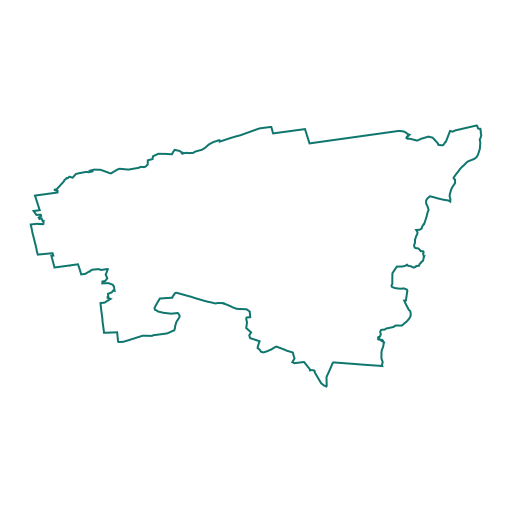 Kabiles pag., Kuldigas, Latvia
{"feature_id": "27541924B2434505236079", "entity_name": "Kabiles pag.", "entity_type": "district", "adm_level": 2, "iso_a3": "LVA", "parent_name": "Latvia", "parent_adm1": "Kuldigas", "projection": "equal_earth", "projection_center": [22.376, 56.949], "detail": "fine", "context": "isolated", "style": "outline", "palette": "teal", "viewbox_px": 512, "rotation_deg": 0, "n_neighbors": 0, "source": "geoboundaries", "source_scale": "gbopen_adm2", "svg_char_len": 5889}
<svg xmlns="http://www.w3.org/2000/svg" viewBox="0 0 512 512"><path d="M305.0,129.1L273.1,133.4L271.3,127.0L269.5,127.1L260.2,128.3L258.3,128.8L240.3,135.3L234.9,136.7L229.7,138.3L219.7,141.6L219.5,140.6L219.5,140.3L219.0,140.2L213.3,142.1L209.5,144.1L208.7,144.6L205.0,147.9L202.6,149.4L201.5,149.9L197.2,151.0L194.9,151.7L193.7,152.6L193.1,152.9L188.8,153.1L186.4,152.8L184.5,153.1L182.2,153.7L182.0,153.4L183.2,153.0L181.3,152.1L179.4,150.9L174.6,149.9L173.1,152.1L171.9,154.3L165.8,153.9L158.3,153.8L155.2,155.2L152.9,156.4L152.5,159.1L147.8,160.3L147.7,164.6L145.8,166.4L144.4,167.1L140.8,166.9L140.2,167.0L139.9,167.1L139.1,167.7L138.8,167.8L128.4,169.6L120.1,168.8L119.4,168.8L117.1,169.7L111.0,173.4L110.6,173.4L109.3,173.0L105.6,171.6L100.6,169.8L94.2,169.6L91.1,170.4L91.7,170.6L92.3,171.4L89.0,172.2L86.2,171.9L78.6,173.3L75.9,174.0L72.6,177.7L69.4,176.7L67.7,178.2L66.8,178.0L64.4,180.2L63.7,181.6L56.6,189.3L54.0,189.8L57.6,190.8L57.5,192.5L35.0,195.6L39.7,210.2L33.6,211.0L36.4,214.9L40.7,214.7L41.2,215.9L38.7,217.6L39.5,219.0L40.5,218.6L41.6,218.4L42.6,221.0L43.6,220.9L43.4,224.0L42.9,224.2L40.2,224.1L40.3,224.0L37.1,223.8L30.7,224.5L32.1,230.7L32.3,232.2L35.7,245.6L36.7,250.1L36.6,250.4L37.8,254.6L52.5,253.2L53.3,255.6L51.4,255.8L54.5,267.5L70.2,265.4L70.2,265.5L71.3,265.2L78.0,264.3L79.8,269.6L81.2,274.4L85.2,273.9L89.4,271.4L90.0,271.5L90.6,270.6L92.2,269.7L98.7,269.1L100.6,269.9L101.5,269.9L107.3,269.0L107.8,269.2L105.7,274.6L107.3,278.3L105.2,281.0L102.4,281.5L102.3,283.4L108.4,283.1L112.9,284.8L113.5,285.8L113.4,285.8L114.0,287.0L114.2,288.3L114.6,290.9L113.2,290.5L111.7,292.4L108.0,293.8L108.3,296.6L107.7,296.8L107.6,297.8L110.5,298.9L104.6,302.6L100.5,303.1L101.0,308.3L102.3,317.9L102.5,321.2L103.8,330.8L104.0,332.8L117.1,332.3L118.1,341.7L118.5,342.0L123.2,341.8L128.3,340.3L142.7,335.7L152.0,335.9L153.3,335.2L157.6,334.7L167.3,333.4L174.1,330.3L174.3,330.3L175.0,327.9L175.1,326.2L176.5,321.7L178.6,318.6L179.5,316.9L179.6,316.1L179.4,315.2L177.8,313.0L171.3,313.7L163.4,312.8L158.0,311.5L155.8,310.0L154.9,309.7L154.5,307.9L157.1,303.1L159.9,298.5L172.3,297.7L172.8,296.3L173.9,294.8L175.1,293.1L176.7,292.8L188.9,296.2L190.3,296.5L191.4,296.9L196.0,298.4L203.9,300.7L207.2,301.6L207.5,301.7L211.3,302.4L214.5,303.3L215.4,303.4L216.0,303.4L217.7,303.0L222.5,303.1L222.4,303.2L226.2,304.4L230.7,306.3L233.3,307.6L237.1,308.9L237.7,308.9L246.6,309.3L249.7,311.5L250.2,317.2L246.6,317.5L246.2,318.7L247.0,322.5L246.2,328.0L251.1,332.4L249.3,335.2L249.6,336.6L250.1,338.1L255.9,340.0L259.6,341.3L257.9,346.1L257.6,348.1L259.4,349.4L261.1,351.8L263.4,352.4L265.9,351.7L271.3,349.5L271.3,349.4L275.3,347.0L276.4,346.6L284.7,349.7L284.7,349.8L287.6,351.0L287.9,351.0L292.8,352.5L293.3,354.5L294.5,358.4L292.4,362.2L293.0,362.3L294.3,363.2L304.0,362.0L306.0,364.4L310.2,369.8L310.1,370.3L311.1,370.1L313.0,370.2L314.5,370.7L314.8,372.5L321.2,383.3L323.9,385.4L326.3,386.5L326.7,385.8L326.5,378.1L326.6,376.7L329.0,371.6L331.6,365.6L332.5,363.3L333.4,362.4L353.5,363.9L363.5,364.7L379.6,365.8L382.3,366.1L382.0,364.8L382.7,362.1L382.0,360.1L381.4,358.1L381.5,352.1L381.9,349.8L383.0,347.2L383.4,345.5L383.7,343.2L384.0,342.8L383.6,342.2L383.8,342.1L383.3,341.6L382.9,341.3L382.6,341.3L382.6,341.2L382.8,341.1L382.7,340.9L382.3,340.9L382.5,340.6L382.1,340.2L382.4,340.1L382.2,339.9L381.7,339.9L381.5,340.1L380.8,340.1L380.4,339.6L380.0,339.6L379.7,339.4L379.2,339.4L379.0,339.6L378.8,339.5L378.8,339.3L378.5,339.3L378.5,339.2L378.2,339.1L378.3,338.9L378.6,338.8L378.5,338.7L378.4,338.6L378.3,338.3L378.5,338.2L378.4,337.9L378.6,337.8L378.3,337.6L378.2,337.5L378.3,337.4L378.1,337.3L378.1,337.0L377.7,337.0L378.7,337.2L380.2,336.1L380.8,334.2L380.2,331.8L380.8,330.3L381.2,329.9L382.9,329.7L384.3,329.7L385.0,329.4L386.0,328.6L393.4,327.0L393.4,326.9L395.6,325.5L401.3,325.6L401.7,325.6L403.4,324.3L404.9,322.9L406.5,321.7L409.3,318.5L410.2,316.8L410.7,315.5L410.7,313.2L410.3,311.5L410.2,311.1L408.8,309.8L405.0,302.5L404.2,300.6L405.9,300.5L407.1,292.1L407.4,290.9L406.9,289.6L404.9,288.8L403.4,288.3L402.3,288.7L398.9,288.6L395.1,288.1L392.1,287.0L391.5,285.9L391.5,285.6L392.4,283.6L392.3,282.8L392.3,279.3L392.4,273.5L392.5,273.1L396.8,266.6L402.5,266.5L405.5,265.7L407.0,264.7L408.1,265.8L410.9,266.3L413.7,267.6L415.7,266.8L416.2,266.0L418.9,265.8L419.7,264.0L420.6,263.0L421.4,262.3L421.5,261.8L422.9,260.9L423.2,260.2L423.7,257.6L424.0,256.8L423.8,256.9L423.2,253.7L423.1,253.4L423.5,252.9L423.6,252.5L423.5,252.1L423.3,251.4L422.3,251.1L420.7,251.1L419.7,249.8L418.7,248.8L417.8,248.3L416.2,248.2L415.1,247.9L414.8,247.5L414.3,246.7L414.1,245.2L415.0,242.6L415.0,239.8L416.2,236.1L417.2,234.2L417.5,232.5L417.4,232.0L416.2,230.0L419.5,229.8L421.6,228.6L422.1,226.7L423.6,224.2L424.1,224.2L425.9,218.8L426.7,216.2L427.7,212.0L428.6,209.9L428.2,208.4L427.2,205.6L426.2,203.8L426.1,200.6L426.4,200.0L427.5,198.4L429.8,196.3L433.5,197.1L437.4,198.3L443.3,199.7L448.5,200.5L450.2,201.6L450.4,199.3L449.6,196.2L449.9,193.9L451.4,188.9L452.5,186.9L455.0,183.2L455.1,182.4L455.0,179.6L453.7,178.5L453.6,177.7L455.7,174.7L458.3,171.4L460.2,168.8L461.5,167.4L465.0,164.2L465.9,163.1L467.2,161.9L469.0,161.0L474.3,158.9L476.3,157.4L477.5,155.6L478.1,154.4L479.8,149.0L480.3,142.5L479.7,139.7L479.9,139.2L480.3,138.5L481.3,135.3L480.8,133.3L480.8,131.6L480.5,130.5L480.7,130.2L480.4,128.8L478.9,128.8L478.0,128.3L477.1,125.8L476.5,125.5L455.3,130.4L452.5,131.7L450.1,130.9L445.9,141.7L445.6,141.7L443.3,145.0L442.4,145.3L439.7,145.1L438.3,144.8L437.9,143.4L432.7,137.7L428.5,136.6L421.4,138.7L418.8,139.9L417.1,140.6L410.2,138.8L407.1,138.7L406.7,139.1L406.9,138.8L406.9,138.7L406.4,138.1L406.5,137.7L406.9,137.4L406.7,137.2L406.8,136.9L408.3,136.0L408.3,135.8L408.2,135.6L408.8,135.2L408.2,135.1L408.5,134.6L408.8,134.5L407.6,134.0L406.3,132.9L404.3,131.7L402.7,131.3L398.9,130.9L309.5,143.4L305.0,129.1Z" fill="none" stroke="#0f766e" stroke-width="2"/></svg>